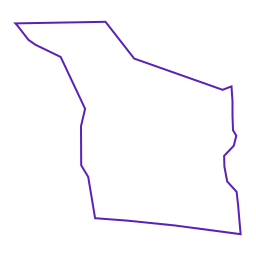 the district of Bagaroua, Tahoua, Niger
{"feature_id": "23599985B53990886897515", "entity_name": "Bagaroua", "entity_type": "district", "adm_level": 2, "iso_a3": "NER", "parent_name": "Niger", "parent_adm1": "Tahoua", "projection": "mercator", "projection_center": [4.649, 14.377], "detail": "fine", "context": "isolated", "style": "outline", "palette": "violet", "viewbox_px": 256, "rotation_deg": 0, "n_neighbors": 0, "source": "geoboundaries", "source_scale": "gbopen_adm2", "svg_char_len": 443}
<svg xmlns="http://www.w3.org/2000/svg" viewBox="0 0 256 256"><path d="M95.1,218.2L127.1,220.6L175.1,225.5L240.6,234.2L238.1,205.2L236.6,191.8L227.2,181.5L224.4,166.6L224.1,155.9L233.8,145.7L236.3,135.7L233.0,130.2L232.5,115.5L232.5,101.6L231.5,86.4L222.6,89.8L134.2,58.6L105.5,21.8L15.4,23.4L17.5,25.7L28.4,39.8L35.5,44.8L60.7,57.0L85.1,108.8L81.0,126.2L81.2,165.3L88.2,176.9L95.1,218.2Z" fill="none" stroke="#5b21b6" stroke-width="2"/></svg>